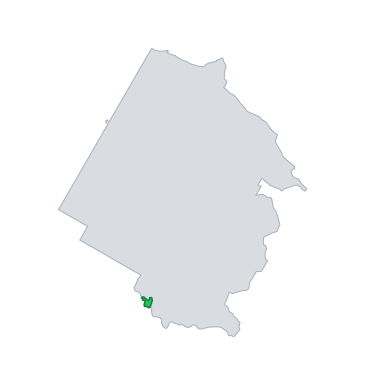 Kulbus, Western Darfur, Sudan shown in context, rotated 300°
{"feature_id": "16777658B88334295817955", "entity_name": "Kulbus", "entity_type": "district", "adm_level": 2, "iso_a3": "SDN", "parent_name": "Sudan", "parent_adm1": "Western Darfur", "projection": "mercator", "projection_center": [22.731, 14.61], "detail": "fine", "context": "in_parent", "style": "filled", "palette": "green", "viewbox_px": 384, "rotation_deg": 300, "n_neighbors": 0, "source": "geoboundaries", "source_scale": "gbopen_adm2", "svg_char_len": 5092}
<svg xmlns="http://www.w3.org/2000/svg" viewBox="0 0 384 384"><g transform="rotate(300 192 192)"><path d="M252.5,289.6L249.5,289.6L249.2,288.9L249.3,287.0L249.6,285.6L250.7,283.3L250.4,282.0L250.6,280.2L249.8,278.2L242.8,272.3L241.4,270.7L237.6,269.2L238.3,267.5L236.7,255.5L237.5,254.1L237.7,252.0L237.7,250.1L238.6,247.0L238.7,245.7L231.2,245.6L231.1,246.9L231.5,248.4L231.5,249.0L221.1,249.1L225.2,253.8L225.4,255.9L225.2,258.5L225.2,260.1L225.5,261.2L226.6,263.3L226.5,263.7L226.2,264.2L218.9,270.5L217.6,273.5L216.7,275.0L214.5,277.6L207.8,284.3L206.7,284.7L201.5,285.0L201.0,285.1L200.6,285.4L200.4,285.4L196.0,281.4L188.6,276.7L183.8,279.1L182.4,280.1L182.4,282.3L181.7,283.5L180.3,284.8L176.7,285.6L174.9,286.3L172.6,287.5L170.4,289.7L170.3,290.8L170.5,291.8L158.0,291.8L157.2,291.0L155.4,287.4L154.1,287.6L142.8,287.2L141.1,287.6L137.9,289.0L136.3,289.3L134.6,288.6L128.6,281.6L127.3,280.8L126.0,279.1L124.7,278.4L124.2,277.9L124.1,277.1L124.2,275.6L123.7,274.6L122.8,274.4L114.8,276.0L113.6,275.8L111.9,276.1L111.3,276.4L110.7,277.3L110.5,279.3L110.3,280.2L109.7,281.3L107.4,283.6L106.9,284.7L107.0,287.3L106.9,288.6L106.5,289.2L105.5,290.2L105.2,290.8L104.8,294.1L103.5,296.1L103.2,296.9L103.2,298.3L103.0,298.8L99.3,299.9L98.0,300.6L97.1,301.8L96.9,302.3L95.4,301.9L93.4,301.6L89.6,301.2L88.1,300.7L87.4,299.9L87.6,297.9L87.2,297.4L86.6,297.1L86.2,296.2L86.3,295.1L88.3,292.8L88.7,291.6L89.2,285.7L89.1,283.9L87.5,280.6L83.9,274.9L83.0,273.8L78.4,269.1L77.9,268.4L76.8,266.4L78.0,262.1L78.1,260.9L77.8,259.7L76.6,258.7L75.6,258.6L74.2,257.5L73.3,256.9L72.6,255.9L72.0,254.5L72.4,249.3L72.1,248.6L71.0,248.5L70.7,248.1L70.7,247.1L70.1,244.2L69.4,241.8L69.8,240.4L68.8,238.6L67.0,237.8L63.3,238.4L62.2,238.3L61.4,238.0L60.8,237.3L60.6,236.5L60.8,235.3L61.9,233.1L63.1,231.3L65.8,229.7L66.5,228.8L66.9,227.8L66.9,226.7L66.8,225.5L66.5,224.5L65.7,223.1L65.0,221.4L65.0,220.3L65.3,219.4L66.0,218.5L68.6,216.6L71.3,215.0L71.7,214.4L71.6,213.7L70.3,212.4L70.0,209.9L69.3,208.1L70.6,206.8L71.6,206.3L73.2,205.9L73.8,205.3L74.0,204.3L73.9,203.3L74.5,202.5L75.3,200.9L75.9,200.1L77.9,198.2L78.4,197.0L78.5,195.8L77.9,192.2L79.1,190.7L80.6,189.4L82.8,189.5L86.1,189.3L88.4,188.7L90.1,188.7L93.8,189.4L94.2,189.1L94.4,188.2L94.3,118.8L109.8,118.8L110.0,118.7L110.0,85.2L207.5,85.2L208.3,85.1L209.9,82.0L210.5,81.7L211.5,81.9L211.9,82.7L211.1,85.2L296.2,85.2L296.4,89.1L297.1,92.1L299.5,96.5L301.5,98.9L302.3,100.2L302.3,100.8L302.3,101.3L301.6,100.7L300.6,100.2L300.4,102.3L300.9,106.5L301.8,109.4L301.2,112.1L301.3,116.7L302.3,122.2L302.1,125.7L303.9,133.8L305.6,138.3L306.6,139.4L307.6,140.0L309.7,140.4L312.7,142.7L315.0,145.1L315.9,146.3L317.0,147.7L317.8,147.5L318.3,147.1L319.1,148.2L322.9,150.6L323.4,151.8L322.1,152.9L320.5,154.7L319.7,156.5L319.3,157.0L318.1,158.1L317.9,158.7L317.3,159.0L316.7,159.0L315.4,159.6L314.3,159.4L313.1,159.8L312.7,160.2L311.7,160.6L310.5,160.8L308.5,162.2L306.8,162.9L306.2,163.5L305.3,166.5L304.7,167.3L302.1,167.3L300.9,167.6L299.2,167.3L298.4,167.3L298.2,167.9L297.8,170.4L297.9,171.5L296.5,174.4L296.9,179.8L295.5,183.8L295.3,184.7L293.9,187.9L293.2,189.1L291.4,195.0L290.7,196.8L289.3,198.7L290.8,212.9L289.5,217.2L289.6,219.6L288.7,223.1L288.0,224.7L286.9,226.6L285.9,228.8L285.1,231.6L284.5,237.0L284.3,237.5L279.8,238.2L278.3,238.6L277.4,239.2L276.2,240.6L273.9,244.4L272.7,246.7L270.9,249.9L268.7,252.1L268.2,253.2L267.8,255.2L267.0,258.5L266.3,260.7L266.4,262.6L265.7,265.8L265.8,267.3L265.1,268.2L264.0,269.0L263.3,269.2L260.2,267.1L258.0,268.5L256.6,270.6L255.6,272.7L256.2,277.1L256.1,278.1L255.8,279.1L253.7,283.4L253.1,285.4L252.5,288.8L252.5,289.6Z" fill="#d9dde1" stroke="#a8b0b8" stroke-width="1"/><path d="M75.6,201.1L75.4,201.2L75.3,201.3L75.2,201.4L75.1,201.5L75.1,201.9L75.2,202.1L75.2,202.3L75.2,202.5L74.8,202.5L74.7,202.6L74.3,202.7L74.3,202.8L74.2,202.9L74.0,203.0L73.9,203.1L73.9,203.3L73.7,203.5L73.8,203.7L73.9,204.1L74.0,204.3L74.3,205.0L74.5,205.4L74.5,205.8L74.2,205.9L72.3,206.6L72.2,206.6L71.8,206.6L71.4,206.6L71.2,206.7L71.1,206.8L70.9,206.8L70.7,207.0L70.4,207.1L70.3,207.3L70.2,207.3L69.7,207.4L69.5,207.8L69.3,208.6L69.5,208.7L69.8,208.8L70.1,209.0L70.3,209.2L70.2,209.6L70.2,210.1L70.1,210.4L70.2,210.8L70.2,211.0L70.3,211.1L70.4,211.4L70.5,211.6L70.4,211.7L70.4,211.8L70.1,212.0L70.0,212.3L70.2,212.6L70.4,212.8L70.5,213.0L70.8,213.2L71.0,213.1L71.4,213.1L71.6,213.1L71.9,212.9L72.2,212.9L72.7,213.1L72.8,213.1L73.2,213.1L73.5,212.9L74.0,212.7L74.5,212.6L75.2,212.6L75.4,212.6L75.6,212.5L75.8,212.3L76.0,212.2L76.6,212.1L77.0,212.1L78.0,212.0L78.2,211.9L78.6,211.6L79.1,211.1L79.8,210.5L80.0,210.0L80.2,209.8L80.3,209.8L80.3,209.7L80.2,209.5L79.9,209.1L79.7,208.9L79.6,208.7L79.4,208.5L79.3,208.4L79.2,208.3L79.2,208.2L77.4,208.9L76.1,208.0L76.1,207.9L76.1,207.7L76.2,207.4L76.2,207.1L76.3,206.8L76.3,206.7L76.3,206.4L76.3,206.2L76.4,205.9L76.4,205.7L76.5,205.3L76.5,205.2L76.6,204.8L76.6,204.5L76.7,204.3L76.7,204.2L76.8,203.9L76.8,203.5L76.9,203.3L76.9,203.2L77.0,202.8L77.0,202.7L76.7,202.2L76.4,201.9L76.1,201.6L75.8,201.3L75.7,201.2L75.6,201.1Z" fill="#22c55e" stroke="#15803d" stroke-width="1.5"/></g></svg>